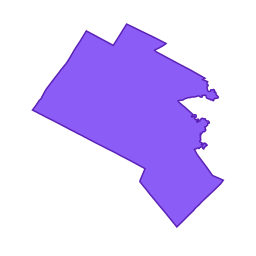 Crevenicu, Teleorman, Romania (Natural Earth projection), rotated 84°
{"feature_id": "2599482B13344453744319", "entity_name": "Crevenicu", "entity_type": "district", "adm_level": 2, "iso_a3": "ROU", "parent_name": "Romania", "parent_adm1": "Teleorman", "projection": "natural_earth1", "projection_center": [25.564, 44.229], "detail": "fine", "context": "isolated", "style": "filled", "palette": "violet", "viewbox_px": 256, "rotation_deg": 84, "n_neighbors": 0, "source": "geoboundaries", "source_scale": "gbopen_adm2", "svg_char_len": 5273}
<svg xmlns="http://www.w3.org/2000/svg" viewBox="0 0 256 256"><g transform="rotate(84 128 128)"><path d="M100.2,221.1L100.4,220.7L101.7,218.9L102.4,217.6L104.4,214.7L105.6,212.8L109.2,207.4L112.1,202.8L113.7,200.3L114.2,199.6L122.4,187.3L123.2,186.2L125.6,182.4L128.8,177.7L129.3,176.8L130.4,175.0L130.8,174.3L131.4,173.7L132.0,172.8L133.5,170.4L134.5,169.0L140.0,160.7L142.4,156.9L147.7,148.9L148.2,147.9L151.1,143.5L151.8,142.4L152.0,142.1L154.8,138.1L160.2,129.9L170.2,115.3L181.5,121.5L182.6,121.8L187.6,118.6L191.6,115.9L194.3,114.3L196.2,113.1L196.5,112.9L200.0,110.5L210.0,103.9L215.6,100.1L231.5,89.8L227.1,84.2L221.0,76.7L216.6,71.1L216.2,70.9L214.9,69.5L214.1,68.6L212.0,65.6L208.9,62.1L198.2,48.0L193.2,41.7L189.9,38.7L184.3,48.5L183.6,49.2L175.9,53.5L161.6,62.0L156.2,64.2L155.9,63.5L155.9,63.1L155.8,62.2L155.7,62.0L155.4,61.6L155.3,61.3L155.1,60.5L155.2,60.2L155.6,59.9L155.8,59.7L155.8,59.4L155.7,59.2L155.1,58.8L155.0,58.6L154.6,57.8L154.4,57.1L154.3,56.7L154.5,56.3L154.7,56.2L155.6,55.9L156.0,55.7L156.5,55.3L156.7,55.2L156.7,54.8L156.4,54.6L155.7,54.4L155.3,54.2L154.9,53.4L154.6,52.9L154.2,52.5L153.7,51.5L153.4,51.1L153.2,51.1L153.0,51.5L152.9,51.6L152.1,51.9L151.9,52.1L152.0,52.5L151.9,52.7L151.4,52.7L151.3,52.8L151.2,52.9L151.0,53.9L151.0,54.0L151.3,54.5L151.7,54.9L152.0,55.0L152.3,55.0L152.5,55.2L152.6,55.4L152.7,56.1L152.7,56.7L152.6,56.8L152.4,56.8L151.7,56.4L151.3,55.8L151.2,55.6L150.9,55.7L150.7,56.0L149.6,57.2L149.6,57.3L149.6,57.6L149.1,58.1L148.7,58.1L148.3,58.0L147.7,57.1L147.4,56.9L147.0,56.8L146.5,56.8L145.9,57.0L145.0,57.2L144.8,57.1L144.5,56.7L144.4,56.7L144.1,56.7L143.4,56.9L143.0,57.0L142.7,56.9L142.6,56.3L142.5,56.2L142.3,56.2L142.0,56.5L141.8,56.6L141.4,56.6L141.1,56.6L141.0,56.4L141.5,56.1L141.6,55.9L141.1,55.4L141.0,55.1L140.8,55.0L140.5,54.7L139.9,54.3L139.6,54.2L139.5,53.8L139.7,53.1L139.7,52.7L139.6,52.4L139.4,52.0L139.1,51.5L138.7,51.3L138.1,51.4L137.9,51.4L137.9,50.9L137.7,50.9L137.4,51.0L136.9,51.2L136.2,51.2L135.4,51.6L135.2,51.6L135.0,51.4L135.1,51.1L135.0,50.8L134.8,50.5L134.6,50.0L134.3,49.7L134.1,49.6L133.7,49.2L133.5,48.6L133.4,48.5L132.0,48.4L131.7,48.3L131.5,48.2L131.6,47.6L131.7,47.1L131.6,46.8L131.5,46.6L131.2,46.5L130.6,46.7L129.9,47.1L129.6,47.3L129.5,47.5L129.4,47.6L129.4,48.1L129.2,48.7L129.1,49.1L128.9,49.4L128.7,49.6L128.3,49.9L127.3,50.1L126.9,50.3L126.8,50.6L126.8,51.1L126.8,51.7L126.5,52.3L126.1,52.8L126.0,53.2L126.1,53.4L126.5,53.7L126.6,53.8L126.8,54.9L126.9,55.2L127.2,55.4L128.1,55.6L128.4,55.7L128.5,55.8L128.5,56.5L129.4,58.2L129.5,58.3L129.4,58.6L129.0,58.9L128.9,59.0L128.5,59.0L128.3,58.9L128.3,58.7L128.5,57.9L128.4,57.6L127.9,57.4L127.3,57.2L126.8,57.2L126.5,57.3L126.4,57.4L126.4,57.5L126.5,57.7L127.4,57.9L127.5,58.1L126.9,58.6L126.8,58.8L126.7,59.1L126.6,60.0L126.3,60.5L126.1,60.6L125.4,60.8L125.1,60.8L124.7,60.6L124.5,60.0L124.5,59.4L124.4,59.2L124.2,59.1L122.8,58.9L122.2,59.0L121.8,60.1L121.8,60.5L121.8,60.8L123.3,61.1L123.5,61.3L123.6,61.5L123.6,62.1L123.7,62.9L123.7,63.3L123.2,63.6L122.9,63.6L122.7,63.6L122.5,63.4L122.4,63.1L122.3,62.7L122.2,62.6L121.4,62.3L121.1,62.2L121.0,62.3L119.8,63.4L116.6,66.3L113.2,69.3L111.3,71.3L109.9,72.6L107.5,74.8L106.6,75.4L106.4,75.4L106.2,75.3L106.0,75.0L105.9,74.4L105.9,73.8L106.0,73.0L105.9,70.5L105.8,70.1L105.6,69.8L104.9,68.6L104.8,67.9L104.7,67.6L104.5,66.6L104.3,66.0L104.2,65.5L104.1,65.0L104.1,64.6L104.3,63.3L104.2,63.0L103.8,61.1L103.9,60.5L104.0,59.9L104.1,58.9L104.0,58.2L103.9,57.8L103.9,57.0L103.4,55.1L103.4,54.4L103.4,54.2L103.5,54.1L103.9,53.8L104.1,53.5L104.9,52.4L105.0,52.1L105.0,51.6L104.9,51.1L104.8,50.9L104.6,50.8L104.4,50.8L104.0,51.0L103.7,51.1L103.4,51.0L103.3,50.9L103.3,50.7L103.5,49.1L103.5,48.2L103.5,47.6L103.6,47.3L103.8,47.1L104.7,47.0L105.1,46.8L105.8,46.9L106.3,46.7L106.5,46.5L107.6,44.6L107.7,44.1L107.8,43.6L108.4,43.2L108.7,42.8L108.8,42.5L108.8,41.7L109.0,41.3L109.5,40.8L109.7,40.6L109.8,40.2L109.7,40.0L109.5,39.9L108.8,39.9L108.7,39.9L107.9,39.0L107.5,38.6L107.5,38.3L107.8,38.0L107.8,37.8L107.5,36.8L107.7,36.4L107.7,35.9L107.6,35.5L107.1,35.1L106.7,34.9L106.5,35.0L106.1,35.3L105.6,35.6L105.3,35.8L104.7,36.5L104.4,36.7L104.1,36.8L102.4,36.9L101.5,37.2L101.6,37.5L101.5,38.0L101.4,38.4L101.3,38.5L101.1,38.5L100.7,38.4L100.0,38.0L99.7,38.0L99.1,38.3L98.9,38.5L98.6,38.9L98.6,39.1L98.9,39.6L98.9,39.9L98.9,40.2L98.6,41.1L98.6,41.3L98.6,41.5L99.1,41.7L99.5,42.0L99.9,42.0L100.0,42.1L100.1,42.3L100.1,43.6L99.8,44.4L99.6,44.6L99.4,44.7L98.4,44.9L98.1,45.0L97.4,45.0L96.6,45.2L96.2,45.2L95.2,45.0L94.8,44.4L93.9,43.8L93.6,43.8L93.3,44.0L93.2,44.2L93.1,44.5L92.7,44.8L91.8,44.8L91.4,44.6L91.0,44.4L90.6,43.9L90.4,43.9L90.1,44.2L89.7,44.9L88.7,47.0L88.2,47.8L87.7,48.6L86.6,46.2L77.0,59.6L73.3,65.2L68.3,72.7L55.9,90.9L55.2,92.0L54.8,92.4L53.4,93.4L50.4,85.8L49.5,83.9L48.5,82.1L47.9,81.3L46.6,83.4L42.1,90.2L24.5,118.5L33.1,125.2L44.3,134.0L27.1,159.3L36.6,166.5L42.5,171.4L44.5,172.9L45.3,173.6L45.8,173.9L52.2,178.6L57.6,182.9L58.2,183.6L60.8,186.2L61.9,187.3L63.7,189.2L65.3,190.5L66.9,192.1L69.0,194.1L74.2,199.1L76.0,200.7L80.1,204.6L81.3,205.6L84.4,207.9L85.0,208.3L85.9,208.8L88.2,210.5L88.4,210.6L88.8,210.7L89.5,211.2L90.2,212.0L90.5,212.2L90.6,212.3L91.1,213.2L91.7,213.7L95.9,217.2L98.9,220.0L100.2,221.1Z" fill="#8b5cf6" stroke="#5b21b6" stroke-width="1.5"/></g></svg>